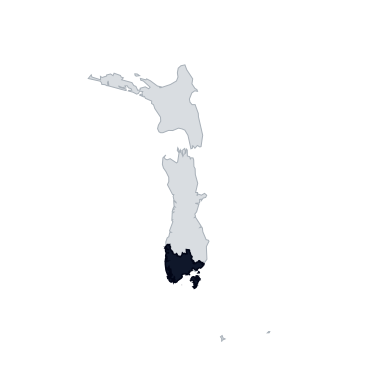 location of Southland District, Southland, New Zealand, rotated 315°
{"feature_id": "76426892B99609638104575", "entity_name": "Southland District", "entity_type": "district", "adm_level": 2, "iso_a3": "NZL", "parent_name": "New Zealand", "parent_adm1": "Southland", "projection": "equal_earth", "projection_center": [167.626, -45.773], "detail": "fine", "context": "in_parent", "style": "filled", "palette": "ink", "viewbox_px": 384, "rotation_deg": 315, "n_neighbors": 0, "source": "geoboundaries", "source_scale": "gbopen_adm2", "svg_char_len": 9363}
<svg xmlns="http://www.w3.org/2000/svg" viewBox="0 0 384 384"><g transform="rotate(315 192 192)"><path d="M201.6,160.5L203.1,160.6L210.0,155.5L212.8,154.4L213.6,154.2L212.0,155.8L212.3,156.9L210.7,160.4L212.0,159.9L212.9,157.4L213.8,156.9L213.5,155.6L217.5,156.0L216.1,158.5L213.9,159.9L215.2,160.0L218.4,157.5L218.3,159.0L214.2,163.2L215.3,165.5L214.2,167.4L215.4,167.1L216.8,168.6L215.9,170.5L211.4,175.3L210.7,177.7L206.7,182.0L202.2,189.9L194.2,194.9L195.6,196.3L192.8,198.2L195.0,197.9L196.4,200.9L199.9,201.8L200.1,204.7L197.8,205.5L195.6,204.2L192.3,204.7L193.4,203.5L192.1,202.7L189.6,205.1L186.3,202.3L188.1,205.6L181.2,209.3L178.4,209.6L177.3,211.7L175.7,211.8L176.6,212.4L174.3,222.7L172.4,222.7L174.1,223.8L173.8,224.9L171.5,227.8L168.3,235.7L169.4,237.5L169.2,238.8L163.5,240.8L155.0,250.1L147.5,251.4L143.3,250.3L138.3,251.0L137.5,248.4L135.9,246.9L131.4,247.0L129.4,244.1L127.5,243.4L125.3,244.9L118.4,244.7L117.2,244.2L116.9,243.2L119.5,240.2L117.1,241.8L116.1,241.6L117.1,240.3L117.0,239.1L114.1,240.3L114.3,237.8L120.6,236.1L118.1,235.9L118.0,235.0L120.4,233.1L117.1,233.3L117.7,231.1L119.5,231.1L118.9,229.4L122.6,231.1L122.1,229.6L123.5,229.1L121.0,228.0L120.9,226.3L122.2,225.1L123.9,225.6L122.8,224.2L125.8,221.3L126.6,223.5L126.8,220.4L130.7,217.4L132.3,218.6L131.6,215.8L138.3,208.7L142.0,206.9L144.0,207.2L147.5,205.0L148.9,205.9L148.4,204.3L148.8,203.5L157.5,199.5L157.6,198.1L158.5,197.9L157.9,197.6L162.9,193.1L165.0,193.4L163.8,192.1L165.8,190.9L167.8,191.8L166.7,190.4L168.6,189.6L169.5,190.8L169.6,189.0L172.7,185.4L173.2,188.3L173.5,187.9L173.4,185.1L175.6,181.7L177.3,181.0L176.5,180.0L179.8,169.5L183.0,168.2L186.0,165.1L188.0,159.2L188.8,154.8L190.6,151.5L195.6,147.3L199.7,147.3L196.8,147.7L196.4,149.9L197.2,151.7L200.1,153.0L201.6,160.5ZM202.5,39.9L206.7,48.0L209.0,45.5L209.3,47.4L213.6,49.6L214.4,48.9L217.9,51.0L218.4,53.9L220.9,52.9L223.8,59.0L223.2,60.6L224.2,62.7L221.6,62.9L226.9,72.2L226.1,75.5L227.0,77.7L225.5,81.8L227.8,83.1L228.7,82.0L233.3,84.6L234.4,88.4L236.5,88.3L236.1,79.1L234.8,76.7L235.8,75.2L238.7,80.1L239.9,79.9L241.2,83.9L242.5,92.6L244.2,95.3L243.2,94.8L243.0,95.5L243.9,96.3L252.7,100.7L259.5,102.5L263.4,100.8L265.9,97.4L269.8,94.7L273.4,94.9L276.9,97.1L274.7,101.9L272.5,112.5L268.4,115.5L267.3,120.9L267.9,123.0L267.1,124.7L265.5,122.4L262.0,121.8L255.9,124.4L254.1,127.0L253.8,130.3L256.0,132.4L252.0,140.9L249.8,143.3L239.7,159.4L230.5,166.3L229.4,165.7L228.7,162.9L225.0,163.1L225.3,159.9L224.9,159.6L223.4,161.3L221.8,160.7L229.2,149.1L230.7,143.2L229.5,140.2L227.6,137.3L221.8,134.9L219.0,131.9L213.4,129.5L211.8,128.0L211.2,126.1L212.4,122.9L215.5,121.0L220.0,119.8L222.7,116.7L224.7,106.7L226.5,103.1L226.0,100.8L227.8,99.2L225.3,92.8L225.9,90.8L225.1,90.6L223.5,86.5L224.5,86.3L225.5,88.6L226.5,86.7L228.2,86.2L226.3,83.7L223.8,84.4L222.1,83.7L220.9,79.8L218.4,75.5L219.2,75.4L221.3,77.5L222.0,75.9L220.7,73.4L221.3,71.0L219.7,69.6L219.4,71.1L216.5,68.8L215.0,64.9L214.9,66.9L218.2,72.5L217.2,73.7L216.7,73.1L208.2,58.3L211.3,54.2L209.5,55.0L207.7,57.5L206.9,56.5L206.4,54.6L204.3,52.1L205.3,50.6L205.4,48.7L198.9,38.4L203.6,37.9L202.5,39.9ZM132.9,252.4L135.3,255.9L133.9,255.6L134.0,256.4L136.5,257.1L136.5,258.6L127.3,261.7L130.9,255.9L130.7,252.5L132.9,252.4ZM110.7,317.3L111.5,319.3L108.7,318.2L107.1,318.7L109.4,316.7L109.7,314.5L111.8,314.8L110.7,317.3ZM236.7,69.8L237.2,72.7L234.4,70.6L234.3,69.1L235.1,68.0L236.7,69.8ZM212.4,153.3L210.6,154.3L211.1,152.1L213.2,150.7L212.4,153.3ZM117.3,235.2L117.1,236.4L114.5,235.9L116.5,234.5L117.3,235.2ZM147.6,344.9L148.3,345.7L147.0,346.1L145.7,344.9L147.6,344.9ZM120.3,227.2L120.8,229.2L119.2,228.3L120.3,227.2Z" fill="#d9dde1" stroke="#a8b0b8" stroke-width="1"/><path d="M134.2,211.7L135.1,212.3L134.7,212.9L133.4,212.9L133.6,213.1L133.7,213.8L134.3,214.3L134.5,216.1L134.2,216.0L133.5,213.0L133.3,213.7L132.6,213.9L131.1,215.7L131.1,217.5L132.4,217.9L132.6,218.9L131.8,217.9L131.0,217.5L130.7,217.0L130.3,217.2L128.7,218.2L129.1,218.9L128.5,218.5L127.9,218.9L127.8,219.5L128.6,220.0L128.7,220.6L128.2,219.8L127.4,219.7L126.9,220.1L127.6,220.9L127.0,221.7L127.4,222.2L126.9,221.6L127.5,220.9L126.9,220.5L126.3,220.4L125.1,221.3L125.8,223.1L125.5,223.1L126.3,223.9L125.9,223.8L125.5,224.2L125.7,223.6L125.2,223.3L125.4,222.7L124.8,221.6L124.0,222.0L123.4,222.8L123.7,223.0L122.4,223.8L120.2,226.5L120.5,227.0L120.1,227.4L120.7,228.9L122.8,228.4L122.4,228.9L123.0,229.6L122.1,229.0L120.6,229.5L122.0,230.7L122.4,231.6L122.1,231.9L121.3,232.7L122.0,231.4L121.0,230.2L120.8,231.2L119.5,231.3L120.8,231.0L120.5,230.5L120.9,230.1L120.2,229.6L119.2,230.0L119.9,229.6L118.5,228.8L117.9,229.7L116.8,232.1L116.8,232.4L117.1,232.5L116.5,232.7L116.3,233.9L117.2,233.9L118.9,233.3L118.8,232.9L120.7,232.4L119.1,233.3L120.5,233.5L120.4,233.7L118.9,233.5L117.1,234.2L117.1,235.3L120.2,234.3L119.8,234.8L117.4,235.4L117.1,236.4L118.3,236.0L119.7,236.3L120.0,235.9L119.9,236.3L120.3,236.2L119.1,236.6L118.5,237.0L117.7,237.0L115.0,237.9L115.4,237.5L113.6,237.8L113.2,239.3L113.5,240.9L113.8,241.1L115.4,240.4L116.5,238.8L116.8,238.6L116.0,240.1L117.6,240.0L117.6,240.4L115.7,240.7L115.6,241.8L115.3,241.5L115.0,242.4L115.6,241.9L116.0,242.3L116.4,241.8L116.6,242.0L116.5,241.8L117.1,241.2L116.7,241.9L116.9,242.2L117.2,241.6L117.2,241.9L117.6,241.8L117.2,241.3L117.7,240.6L118.7,240.4L119.5,239.6L119.5,239.8L118.7,240.6L117.7,241.0L117.8,241.7L117.2,242.0L117.2,242.4L117.1,242.1L117.0,242.8L115.7,243.3L115.7,243.5L116.3,244.3L117.8,244.8L119.0,244.4L123.4,245.3L125.0,245.1L125.3,244.7L125.1,244.2L125.8,243.5L127.3,243.5L129.9,245.4L130.0,245.9L129.4,246.3L130.7,247.4L131.3,247.0L131.9,247.4L131.9,247.0L132.3,246.9L133.9,247.3L132.9,246.6L132.8,246.3L132.8,246.1L132.9,246.5L133.7,246.4L133.6,246.8L134.8,246.6L136.5,247.5L136.7,247.0L138.1,246.3L138.0,246.7L138.4,246.9L139.3,247.0L139.2,249.6L140.4,250.9L141.0,250.7L140.7,250.7L140.8,250.7L141.0,250.6L140.5,250.2L141.2,250.1L143.6,250.6L144.3,251.9L147.1,252.1L148.1,251.6L147.9,251.5L147.9,250.9L148.4,251.3L148.1,251.7L148.8,251.9L149.5,251.5L149.8,251.2L149.6,250.6L148.7,250.2L149.5,249.4L148.5,249.0L148.3,248.5L148.8,248.2L148.8,247.6L148.0,247.2L148.7,246.4L148.6,245.8L148.0,245.4L146.8,245.9L146.2,245.3L145.2,245.3L145.2,245.0L143.7,245.0L143.3,244.8L143.7,244.1L142.5,243.8L142.5,243.1L143.8,242.9L144.1,242.4L143.8,242.3L144.1,241.9L143.3,241.5L143.6,240.7L144.1,240.7L143.8,239.8L144.3,239.4L144.0,238.9L144.3,238.2L145.6,238.2L146.0,237.5L146.4,237.5L146.3,236.4L146.7,235.3L147.6,233.9L148.3,231.8L149.0,231.5L149.1,231.0L147.3,228.7L145.9,230.2L144.9,232.0L144.5,231.5L143.5,231.5L143.5,230.3L142.4,229.9L142.2,228.3L140.4,229.4L137.7,229.7L137.2,228.3L137.4,227.9L136.7,227.6L136.3,226.6L137.2,226.0L137.5,224.7L136.5,224.6L135.7,223.9L135.2,223.2L135.0,222.1L135.1,221.3L135.7,221.3L136.2,219.9L135.7,219.5L136.6,216.5L137.3,215.7L137.9,215.7L138.3,214.5L138.1,214.2L138.9,213.5L138.3,213.3L138.5,213.1L138.0,212.9L138.0,212.1L137.2,211.7L135.6,212.1L134.2,211.7ZM131.8,252.3L129.8,252.8L129.6,254.1L130.2,255.0L130.5,256.2L129.2,257.1L129.6,257.5L129.5,258.0L129.8,258.2L129.8,258.3L130.0,258.3L129.9,258.3L128.6,258.2L127.8,259.0L128.2,259.3L127.7,260.0L128.0,260.2L126.6,261.0L126.4,262.0L127.5,262.2L128.2,261.5L128.5,261.5L128.4,261.9L128.9,261.8L129.0,261.1L128.6,261.5L128.4,261.3L127.9,261.5L127.7,261.3L128.8,260.8L128.3,260.7L129.3,260.7L129.1,260.2L129.6,260.0L129.9,260.5L131.1,260.6L132.8,259.6L133.2,259.7L133.3,259.3L135.1,259.4L134.3,259.0L134.4,258.9L134.2,258.8L134.3,258.8L134.1,258.8L134.1,258.7L134.3,258.7L134.3,258.9L134.4,259.0L135.3,259.4L135.2,258.8L136.2,259.1L135.3,258.6L135.7,258.4L135.6,258.2L135.9,258.5L136.1,258.6L136.0,257.9L136.3,257.7L135.7,257.0L135.9,256.2L135.2,257.3L134.4,257.3L135.1,256.8L133.7,256.7L133.6,256.2L133.2,256.3L133.0,256.7L132.0,257.2L133.1,256.3L132.7,255.5L133.4,255.7L133.3,255.3L133.5,255.3L133.8,255.8L133.6,255.9L134.0,256.1L134.3,255.7L135.2,256.0L135.5,255.8L135.1,255.8L135.3,255.2L134.4,255.1L134.6,254.7L133.5,254.0L133.1,252.9L131.8,252.3ZM116.4,234.3L115.2,234.5L114.8,235.1L114.6,234.7L113.4,236.6L114.6,235.6L114.8,235.1L114.8,235.7L115.2,235.8L114.7,235.9L115.2,235.9L114.9,236.2L115.5,236.5L115.2,236.5L115.3,236.8L116.0,236.6L116.0,236.2L116.2,236.8L116.5,236.7L117.0,235.9L116.9,234.7L116.4,234.3ZM120.1,226.7L118.8,228.3L120.5,229.2L119.9,227.6L120.1,226.7ZM128.5,253.4L128.4,254.0L129.1,253.9L129.1,253.6L128.5,253.4ZM140.3,253.1L139.6,253.4L139.8,253.7L139.4,253.7L140.0,254.2L140.4,253.7L140.3,253.1ZM126.2,261.2L125.7,261.3L125.5,261.7L125.8,261.8L126.2,261.2ZM129.9,260.6L129.5,260.6L129.7,260.9L129.9,260.6ZM135.4,256.4L134.8,256.3L135.4,256.4L135.4,256.4ZM136.6,256.1L136.4,255.9L136.3,256.1L136.6,256.1ZM125.7,261.0L125.4,261.0L125.7,261.0ZM129.3,260.9L129.2,260.7L129.1,260.8L129.3,260.9ZM131.6,248.5L131.3,248.5L131.6,248.6L131.6,248.5ZM125.9,259.9L125.7,259.8L125.7,260.1L125.9,259.9ZM129.3,256.8L129.1,256.7L129.2,257.0L129.3,256.8ZM119.3,250.6L119.2,250.5L119.3,250.6ZM140.8,253.7L140.7,253.6L140.8,253.7ZM129.3,256.6L129.2,256.5L129.3,256.6ZM135.5,256.1L135.4,256.0L135.5,256.1ZM136.3,254.8L136.2,254.7L136.2,254.9L136.3,254.8ZM135.5,259.5L135.3,259.5L135.5,259.6L135.5,259.5ZM136.2,254.9L136.1,255.0L136.2,254.9ZM129.8,252.6L129.7,252.7L129.8,252.6ZM126.3,261.1L126.2,261.1L126.3,261.1ZM136.2,258.7L136.3,258.7L136.2,258.7Z" fill="#0f172a" stroke="#020617" stroke-width="1.5"/></g></svg>